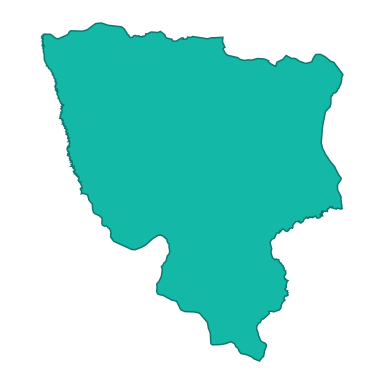 Sikhio, Nakhon Ratchasima, Thailand
{"feature_id": "78962969B49546338706429", "entity_name": "Sikhio", "entity_type": "district", "adm_level": 2, "iso_a3": "THA", "parent_name": "Thailand", "parent_adm1": "Nakhon Ratchasima", "projection": "orthographic", "projection_center": [101.558, 14.904], "detail": "fine", "context": "isolated", "style": "filled", "palette": "teal", "viewbox_px": 384, "rotation_deg": 0, "n_neighbors": 0, "source": "geoboundaries", "source_scale": "gbopen_adm2", "svg_char_len": 5774}
<svg xmlns="http://www.w3.org/2000/svg" viewBox="0 0 384 384"><path d="M43.9,34.2L43.3,34.7L43.8,35.2L43.4,35.7L41.1,36.4L42.0,36.4L43.2,37.3L42.2,37.1L42.8,38.2L41.9,38.3L43.0,39.6L42.3,40.5L42.4,42.0L43.2,42.0L42.8,43.3L43.7,45.1L42.5,44.5L42.1,45.6L43.8,47.0L42.8,48.1L43.4,48.4L43.5,52.2L44.2,54.2L44.4,60.0L46.8,64.8L46.4,65.8L47.7,66.2L48.9,68.5L51.1,70.0L51.0,70.9L52.7,73.2L52.3,73.9L53.1,74.1L52.9,75.1L54.1,76.6L54.2,78.4L55.7,79.6L55.2,80.5L56.1,81.9L55.4,82.0L56.5,83.4L55.5,84.5L55.9,85.8L54.8,86.3L55.7,88.2L55.5,89.0L56.8,89.0L56.4,89.6L57.1,89.4L57.5,90.3L57.5,90.9L56.9,90.9L57.3,91.3L56.5,91.3L57.6,93.0L56.9,94.0L58.3,96.2L58.7,97.6L58.1,98.1L58.9,98.6L60.9,103.3L61.6,103.4L61.7,104.7L62.6,104.7L62.8,105.4L63.1,104.7L63.8,105.0L63.2,106.0L61.4,106.6L62.1,107.4L61.0,108.6L61.7,108.8L61.3,109.2L62.0,110.2L62.0,111.7L61.6,112.7L60.9,112.4L61.1,114.2L60.3,114.9L60.6,116.0L60.0,117.0L60.5,117.7L59.9,118.4L61.6,118.7L61.7,119.7L62.5,119.5L63.0,120.3L62.5,120.6L62.8,121.4L62.4,121.8L63.0,122.0L63.1,122.8L62.5,124.0L63.8,123.7L63.7,125.7L64.5,125.9L64.6,126.7L65.6,126.8L65.0,128.1L65.6,127.9L66.0,129.4L67.1,129.5L65.7,131.6L66.5,132.4L66.3,133.9L67.2,133.5L66.9,134.1L67.5,133.9L67.9,134.6L67.5,135.5L68.4,136.5L67.9,137.3L69.2,138.0L67.9,138.6L69.0,140.3L68.6,140.9L69.3,141.1L68.5,141.7L69.3,141.8L69.7,142.8L69.0,145.2L69.6,146.1L68.7,146.4L69.2,146.8L68.7,147.4L67.8,146.6L67.0,149.0L67.7,151.2L68.6,151.5L68.4,152.8L69.3,153.2L69.3,154.0L67.8,153.9L67.7,154.4L68.8,154.6L67.8,155.5L70.1,156.6L70.0,157.6L69.2,157.6L70.0,158.0L69.6,158.8L70.5,159.5L69.9,160.1L71.6,160.8L70.7,162.1L72.2,162.2L72.4,164.7L71.3,164.5L72.0,165.7L71.3,166.2L72.4,166.1L72.8,167.2L74.2,166.3L74.1,168.0L73.5,168.5L75.2,169.8L75.0,170.8L73.4,171.2L73.6,172.0L74.4,171.9L74.4,172.9L75.0,172.4L74.4,173.7L75.2,173.8L76.3,175.4L76.7,174.6L77.0,175.7L77.8,176.0L77.7,176.7L78.6,176.5L78.9,177.2L79.1,177.9L78.2,180.4L79.8,182.5L80.6,182.2L80.2,182.8L82.2,186.8L81.4,187.9L81.7,188.2L80.5,188.4L80.4,189.1L80.6,189.9L81.7,190.4L81.4,192.2L81.8,192.9L81.3,193.7L83.5,193.4L87.6,194.7L88.9,199.9L92.3,204.1L92.6,209.2L93.5,212.3L94.8,213.6L99.2,215.6L102.1,218.3L101.9,223.3L102.4,225.0L104.3,226.1L106.4,225.9L110.0,229.4L110.9,232.1L110.6,237.0L113.8,241.3L131.8,249.5L135.2,249.7L142.3,246.9L145.8,244.8L152.7,238.6L158.2,235.3L160.7,235.0L163.1,236.1L166.8,239.4L167.5,242.4L169.3,244.5L169.0,246.7L169.7,251.1L169.3,253.6L167.3,255.9L166.0,261.1L163.9,263.1L162.7,265.7L161.4,266.4L162.3,269.9L161.4,276.1L159.4,280.7L156.7,284.1L157.1,287.1L156.7,291.5L157.6,293.7L158.8,294.5L163.1,295.3L171.8,300.1L175.8,300.9L177.1,302.2L180.5,309.3L181.6,310.2L185.1,311.6L193.6,311.9L198.3,312.7L199.9,313.6L207.5,322.4L208.4,328.2L210.3,333.0L210.8,343.0L211.4,344.3L212.7,344.8L219.7,344.6L225.0,343.8L230.9,341.7L234.4,343.5L236.0,346.8L238.1,348.3L239.0,350.9L240.9,353.5L246.0,354.5L251.7,356.8L254.0,358.8L259.5,361.0L262.2,357.3L263.5,356.6L264.6,350.9L266.6,345.3L265.2,343.2L262.0,341.9L260.7,340.7L258.5,335.4L257.5,331.0L256.7,329.8L256.7,326.2L258.6,323.1L260.2,322.6L261.6,319.3L262.5,318.7L263.3,319.0L269.4,313.5L268.6,311.4L272.5,311.4L273.6,311.9L279.4,309.9L280.8,308.1L281.5,304.4L283.0,301.7L284.9,300.1L283.9,298.8L285.1,295.8L286.7,296.1L288.1,295.0L287.4,293.9L288.0,292.5L287.1,291.6L287.4,290.8L286.2,290.7L284.9,288.8L286.2,287.6L286.2,283.8L286.8,283.1L286.8,281.9L288.0,280.6L285.5,279.6L285.5,278.8L284.6,278.9L284.3,276.1L285.8,273.8L285.6,271.0L284.1,269.8L284.2,268.1L283.5,267.5L283.3,266.0L282.1,265.2L281.2,263.3L279.3,262.2L278.7,259.6L277.5,259.7L276.2,259.0L275.2,259.8L272.5,257.8L270.9,252.4L271.7,248.7L270.2,243.4L270.3,241.4L272.3,238.9L274.3,238.3L276.3,233.6L277.2,232.8L278.8,233.2L279.6,232.7L279.4,231.9L280.3,231.6L280.1,230.7L281.2,230.8L282.1,229.2L284.0,229.4L285.3,230.9L287.3,231.3L288.5,230.5L288.4,229.9L289.3,229.3L289.5,228.5L291.7,227.8L292.3,228.2L292.9,227.2L292.7,225.2L295.9,221.5L298.5,221.7L298.8,221.2L299.0,221.8L300.0,221.7L299.8,222.6L301.0,223.0L303.4,221.1L304.0,219.1L305.9,218.0L306.3,216.9L308.0,218.4L308.5,218.2L308.5,217.4L309.7,217.4L310.0,216.8L311.1,217.6L312.2,216.9L312.6,217.6L315.5,216.0L317.2,218.2L319.8,217.6L320.5,216.9L320.4,216.2L322.4,215.8L320.3,214.4L321.3,213.8L321.8,214.9L322.2,214.7L321.9,213.6L322.9,212.6L321.5,212.2L322.0,211.0L327.4,211.4L327.6,208.6L328.4,208.7L329.8,207.6L329.9,206.6L331.6,207.7L332.1,206.8L332.9,208.1L336.5,209.0L337.4,208.1L341.1,209.1L342.2,208.6L341.6,207.8L342.0,207.2L340.9,199.4L341.1,196.8L337.7,190.3L337.4,186.9L337.7,184.3L341.0,179.5L341.0,177.8L338.3,174.3L334.4,166.3L330.4,161.7L325.4,154.2L322.6,148.5L321.2,142.8L322.6,126.0L325.5,111.4L330.0,106.9L330.8,103.8L331.0,96.2L332.2,95.7L333.3,93.1L335.3,92.8L336.9,91.3L337.7,89.1L338.7,88.6L339.6,85.7L340.6,84.7L341.7,79.7L341.6,77.8L342.9,74.5L333.8,62.3L330.7,61.3L324.7,56.5L320.3,54.3L315.8,54.5L313.5,57.8L311.6,62.0L305.6,63.5L298.7,60.9L297.1,59.4L294.4,58.3L291.7,58.5L286.2,55.5L282.7,59.5L276.9,62.2L275.7,66.4L270.3,63.6L268.6,62.0L268.7,60.8L264.3,59.0L257.4,58.5L251.5,60.2L248.1,59.8L245.0,60.5L241.4,59.8L239.4,59.1L237.9,57.7L227.4,55.2L225.2,53.1L222.9,48.6L224.9,47.3L222.5,42.0L222.9,37.3L210.8,37.9L207.7,38.8L192.5,36.5L191.0,37.5L187.5,37.1L187.0,38.8L184.9,39.2L183.0,39.3L183.3,38.1L181.6,37.9L176.4,41.1L173.0,41.2L171.9,39.3L166.1,37.9L164.5,34.5L160.4,31.4L158.0,32.5L151.2,32.0L147.5,33.8L145.7,33.9L145.8,34.7L144.5,36.4L143.6,36.1L142.2,37.0L142.1,36.4L140.1,36.8L138.9,35.8L137.1,36.2L135.7,35.4L133.6,36.0L132.5,37.4L129.8,37.4L128.6,35.0L127.1,34.3L127.0,33.2L124.0,28.7L121.4,26.8L108.2,25.3L101.4,23.0L95.8,23.5L87.0,29.9L82.6,31.2L70.7,30.8L69.5,31.7L67.7,34.7L58.3,38.8L55.9,38.4L50.5,34.3L43.9,34.2Z" fill="#14b8a6" stroke="#0f766e" stroke-width="1.5"/></svg>